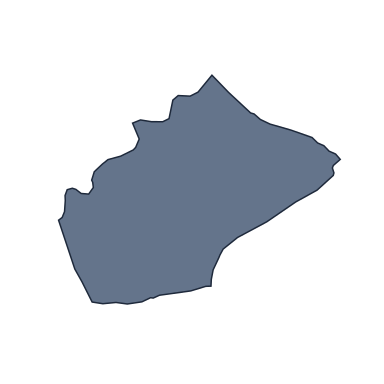 Santiago Sacatepéquez, Sacatepéquez, Guatemala, rotated 148°
{"feature_id": "79465075B66116547115808", "entity_name": "Santiago Sacatepéquez", "entity_type": "district", "adm_level": 2, "iso_a3": "GTM", "parent_name": "Guatemala", "parent_adm1": "Sacatepéquez", "projection": "mercator", "projection_center": [-90.681, 14.641], "detail": "fine", "context": "isolated", "style": "filled", "palette": "slate", "viewbox_px": 384, "rotation_deg": 148, "n_neighbors": 0, "source": "geoboundaries", "source_scale": "gbopen_adm2", "svg_char_len": 984}
<svg xmlns="http://www.w3.org/2000/svg" viewBox="0 0 384 384"><g transform="rotate(148 192 192)"><path d="M335.0,151.6L326.8,144.5L315.0,138.6L306.2,131.3L292.7,125.4L283.1,124.3L281.1,122.6L274.3,121.7L245.5,108.8L230.3,104.7L225.8,102.1L221.9,107.7L215.3,114.8L204.0,122.1L201.8,123.7L195.8,127.1L177.5,129.3L144.3,127.1L109.4,128.6L84.9,127.3L63.4,131.2L61.5,133.0L60.2,138.0L58.1,139.6L49.0,141.1L50.1,148.1L54.1,154.0L55.6,161.3L59.5,167.1L61.3,174.6L75.4,192.2L89.8,208.2L95.6,217.3L98.0,225.3L100.4,228.0L108.2,257.0L113.2,280.5L134.0,273.5L142.8,274.3L152.6,281.1L159.5,280.1L172.6,266.4L179.6,267.1L189.1,273.1L197.5,280.4L205.9,281.9L208.7,264.9L216.1,259.7L219.5,258.8L233.5,260.2L246.1,264.0L253.0,263.2L264.1,261.0L270.8,255.2L271.1,252.8L273.3,248.1L280.7,245.0L286.8,249.5L289.1,255.8L291.5,258.6L296.6,260.1L301.5,256.3L304.0,251.9L310.5,242.9L315.6,239.2L320.1,238.8L332.2,188.8L332.9,174.0L335.0,151.6Z" fill="#64748b" stroke="#1e293b" stroke-width="1.5"/></g></svg>